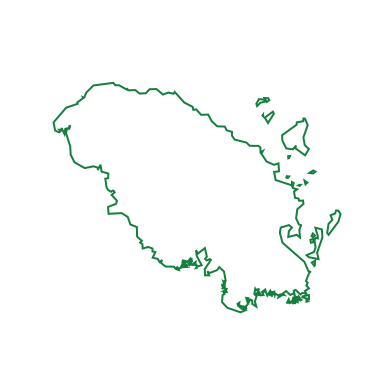 Guimaras, Guimaras, Philippines (Albers equal-area conic projection), rotated 282°
{"feature_id": "2640588B8298467794963", "entity_name": "Guimaras", "entity_type": "district", "adm_level": 2, "iso_a3": "PHL", "parent_name": "Philippines", "parent_adm1": "Guimaras", "projection": "albers", "projection_center": [122.576, 10.57], "detail": "fine", "context": "isolated", "style": "outline", "palette": "green", "viewbox_px": 384, "rotation_deg": 282, "n_neighbors": 0, "source": "geoboundaries", "source_scale": "gbopen_adm2", "svg_char_len": 6119}
<svg xmlns="http://www.w3.org/2000/svg" viewBox="0 0 384 384"><g transform="rotate(282 192 192)"><path d="M231.3,42.1L223.7,45.3L222.7,49.6L224.8,51.1L225.5,50.8L225.1,49.6L225.3,49.3L225.6,51.0L226.8,51.2L226.8,51.7L222.2,55.2L227.4,54.9L229.1,58.4L231.1,58.4L231.1,59.1L228.4,58.9L227.8,56.7L223.7,56.4L211.3,63.4L203.2,65.6L196.6,70.9L193.1,82.1L196.7,90.5L196.1,95.6L194.8,95.2L194.7,95.5L198.9,96.6L199.0,97.0L193.1,99.4L192.7,106.3L188.1,107.1L187.0,104.4L178.5,107.6L176.5,109.7L175.4,112.4L175.9,111.7L175.5,112.9L176.8,113.9L177.0,114.5L176.8,115.1L175.6,116.4L172.4,114.0L167.9,120.4L164.7,120.2L159.9,113.0L153.3,114.9L156.7,127.5L154.3,134.3L147.4,138.5L146.3,145.3L136.9,147.6L133.9,153.0L131.7,151.8L130.6,154.4L126.5,155.5L129.1,160.6L128.5,165.1L125.7,165.7L125.6,168.6L119.6,167.2L119.4,172.4L116.8,174.9L119.3,176.9L116.3,176.3L113.6,181.6L115.2,189.9L113.6,191.7L115.4,193.3L114.1,194.7L116.1,197.7L116.9,196.9L118.3,197.3L116.5,198.3L117.6,202.7L119.1,198.5L120.8,197.5L120.9,197.8L121.4,197.4L122.6,197.2L123.2,197.3L123.1,200.4L121.9,197.6L119.9,199.3L123.1,201.5L120.3,204.6L123.9,204.8L124.0,203.0L126.5,204.1L124.9,205.3L127.5,205.5L124.4,205.6L124.6,207.1L123.6,205.5L120.7,206.2L120.9,209.1L121.5,207.5L124.3,210.1L120.3,210.5L122.2,210.7L120.4,213.0L122.4,216.6L130.5,209.9L135.9,208.0L133.0,210.6L139.8,216.3L131.8,220.0L129.3,218.7L128.1,220.6L130.1,223.3L129.5,224.6L119.2,220.5L113.2,222.1L114.0,226.1L117.6,223.5L116.4,226.0L120.7,232.7L124.2,234.3L120.9,239.8L112.4,243.3L111.3,241.9L110.9,243.2L110.2,243.2L111.0,241.3L108.1,243.1L107.7,240.3L107.8,241.7L107.1,243.7L106.8,241.0L105.3,242.0L106.7,244.3L103.6,241.6L105.4,244.6L104.3,243.2L104.5,246.0L103.3,245.9L101.7,243.7L101.9,246.2L101.3,246.7L100.6,243.6L99.0,245.0L97.4,243.4L90.5,244.3L86.1,250.6L84.4,264.5L87.4,268.8L88.4,264.7L90.2,260.9L92.1,259.8L93.6,261.3L91.1,261.4L90.7,264.2L88.6,265.1L90.1,266.7L90.9,265.1L90.6,267.9L94.2,270.2L99.7,267.0L99.8,269.3L96.7,269.4L99.0,271.4L98.4,273.5L95.1,274.2L93.3,278.7L97.9,276.3L103.7,276.8L105.0,274.2L110.6,274.0L109.6,275.1L111.3,278.1L109.2,276.2L108.2,278.3L105.6,275.5L104.4,277.0L107.3,278.0L104.3,279.2L107.2,279.1L105.2,280.9L106.2,283.3L108.1,281.7L109.1,283.8L109.1,281.7L111.8,283.8L106.3,287.2L111.8,289.1L110.3,290.3L111.5,293.0L108.3,292.4L110.1,293.6L108.3,294.5L110.0,294.7L108.7,298.0L110.3,299.7L110.4,303.7L111.7,302.1L114.7,304.6L111.7,309.6L113.9,312.2L112.7,313.8L116.6,312.1L117.8,313.7L114.3,319.3L116.3,321.0L116.1,325.0L118.5,323.1L122.1,326.4L124.2,323.3L127.4,324.0L128.6,322.0L138.1,323.5L138.4,325.1L138.9,322.3L147.0,316.5L161.2,291.1L170.4,286.4L175.7,286.2L179.8,293.8L178.0,297.1L173.9,294.9L168.0,295.5L171.9,303.3L169.9,307.1L177.3,304.9L182.2,305.6L182.5,303.3L187.9,299.3L197.0,298.6L203.5,303.5L206.7,302.4L205.7,298.6L207.7,297.6L207.8,293.9L213.7,291.7L216.5,294.3L216.8,289.9L219.3,288.2L221.1,271.3L228.7,268.1L230.3,272.8L238.0,270.6L235.6,266.7L237.3,258.7L243.8,251.9L246.9,252.8L245.2,250.8L249.9,249.5L250.9,247.3L249.2,238.9L251.7,234.9L252.1,222.9L255.5,219.3L259.1,218.6L259.6,213.0L262.8,210.5L261.5,203.0L265.3,196.6L271.1,191.7L269.4,184.9L273.7,178.9L272.7,176.1L275.4,175.0L277.9,165.8L286.3,154.3L284.3,153.6L284.3,148.1L281.3,143.4L285.3,135.8L283.7,129.1L279.0,126.3L277.4,120.3L279.9,115.3L278.2,108.6L280.0,106.4L279.0,107.2L278.6,106.9L281.2,98.5L280.5,94.7L282.4,92.3L275.7,73.4L267.2,67.9L262.2,67.0L255.8,61.2L254.5,61.8L248.3,51.4L231.3,42.1ZM279.5,280.3L266.3,268.3L260.9,269.8L254.2,275.2L254.7,281.8L259.0,284.1L256.3,284.0L251.4,295.0L258.4,297.4L261.3,292.5L268.6,289.6L281.4,291.3L287.3,287.2L287.0,285.7L284.4,286.1L281.9,280.0L279.5,280.3ZM158.7,323.8L154.0,317.2L152.5,319.9L152.7,329.7L158.6,327.0L174.8,329.0L182.4,326.8L182.7,320.1L175.0,324.2L172.8,324.7L173.1,322.7L170.6,321.8L163.3,324.4L158.7,323.8ZM189.3,332.2L180.2,332.7L178.5,334.5L193.3,341.3L201.3,341.9L204.2,339.1L203.9,336.8L200.6,336.4L198.1,332.4L193.9,335.1L189.3,332.2ZM287.4,254.4L279.9,247.8L275.3,252.0L285.6,255.8L287.4,254.4ZM291.7,236.6L289.6,237.8L293.5,240.3L295.7,244.9L297.3,242.9L296.8,238.2L291.7,236.6ZM115.5,327.8L112.9,321.8L112.0,321.8L111.4,328.7L115.5,327.8ZM297.9,248.5L299.6,247.1L299.0,243.3L295.6,246.4L297.9,248.5ZM150.4,326.7L147.9,323.8L145.1,327.0L145.8,327.4L150.4,326.7ZM169.8,317.7L167.1,318.8L168.0,321.1L171.6,320.4L169.8,317.7ZM107.0,308.9L102.5,307.7L104.2,308.3L103.5,310.6L105.5,312.5L104.1,313.5L105.0,317.0L104.9,313.6L106.2,312.5L104.1,310.2L107.0,308.9ZM237.5,308.5L238.3,306.1L235.0,302.8L235.3,306.5L237.5,308.5ZM175.1,321.2L176.6,318.8L173.7,318.1L173.0,319.9L175.1,321.2ZM225.2,302.9L226.5,299.7L223.1,301.4L225.2,302.9ZM108.0,315.6L108.0,314.3L107.0,314.8L106.2,318.3L109.1,317.8L107.0,317.8L106.9,317.1L109.0,317.0L108.0,315.6ZM227.4,283.7L227.2,281.5L225.7,281.3L225.5,282.7L227.4,283.7ZM247.6,280.3L247.0,278.6L244.9,279.2L245.2,279.8L247.6,280.3ZM110.5,315.8L109.1,318.1L111.2,319.0L112.0,317.9L110.4,317.8L110.5,315.8ZM110.4,313.6L108.0,312.7L108.7,313.5L107.2,313.7L106.5,314.5L107.0,314.1L110.4,313.6ZM107.6,289.5L107.0,291.7L109.2,291.9L109.5,290.5L107.6,289.5ZM222.5,287.7L218.8,288.6L218.9,289.5L221.9,289.7L222.5,287.7ZM111.2,314.2L108.9,315.0L111.2,315.7L111.2,314.2ZM109.2,298.8L106.9,298.5L108.9,300.6L109.2,298.8ZM113.5,195.2L113.3,192.2L113.0,195.5L113.5,195.2ZM90.7,268.9L89.3,267.6L88.8,267.8L89.0,269.3L90.7,268.9ZM109.1,318.4L108.5,320.6L109.3,321.4L110.3,319.7L109.1,318.4ZM120.0,200.3L118.6,200.3L119.4,202.2L120.0,200.3ZM280.8,245.9L282.5,245.5L281.4,245.0L280.8,245.9ZM221.6,296.8L221.3,295.5L220.5,294.6L220.3,296.0L221.6,296.8ZM110.6,327.2L109.4,325.7L109.8,326.8L110.6,327.2ZM96.4,270.6L95.7,269.4L95.0,270.2L96.4,270.6ZM107.9,313.1L106.2,313.2L106.7,314.0L107.9,313.1ZM109.8,327.0L108.6,326.8L109.2,328.2L109.8,327.0ZM109.5,316.0L108.2,315.8L109.1,316.4L109.5,316.0ZM119.6,212.2L118.5,211.8L118.9,212.5L119.6,212.2ZM89.1,266.5L88.4,266.0L88.6,267.3L89.1,266.5ZM262.1,65.4L261.3,65.9L261.9,66.3L262.1,65.4ZM229.1,58.5L228.3,58.4L228.9,58.7L229.1,58.5ZM106.4,314.7L105.7,314.8L106.3,315.2L106.4,314.7Z" fill="none" stroke="#15803d" stroke-width="2"/></g></svg>